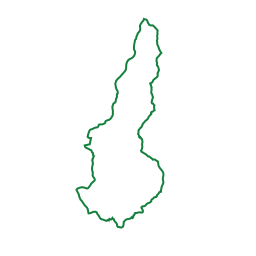 Lebong, Bengkulu, Indonesia, rotated 51°
{"feature_id": "22746128B6914990948320", "entity_name": "Lebong", "entity_type": "district", "adm_level": 2, "iso_a3": "IDN", "parent_name": "Indonesia", "parent_adm1": "Bengkulu", "projection": "albers", "projection_center": [102.228, -3.053], "detail": "fine", "context": "isolated", "style": "outline", "palette": "green", "viewbox_px": 256, "rotation_deg": 51, "n_neighbors": 0, "source": "geoboundaries", "source_scale": "gbopen_adm2", "svg_char_len": 5596}
<svg xmlns="http://www.w3.org/2000/svg" viewBox="0 0 256 256"><g transform="rotate(51 128 128)"><path d="M169.5,212.4L170.6,210.6L171.1,208.2L172.3,206.2L173.8,205.4L175.4,205.9L177.6,205.9L180.0,206.4L181.7,206.3L183.9,204.8L186.2,203.5L186.8,202.9L186.6,201.9L187.3,201.4L187.8,201.1L187.4,200.7L187.0,200.2L187.1,199.4L187.9,199.3L188.5,198.8L188.6,197.8L188.1,196.7L189.5,196.7L189.9,196.4L191.4,197.0L194.9,196.9L196.2,197.3L197.3,198.1L198.6,198.1L199.3,197.2L200.6,196.5L201.3,195.4L201.5,193.9L200.0,191.9L198.4,190.6L198.1,189.2L197.9,187.3L198.4,185.9L199.9,183.2L199.7,182.2L199.7,181.2L200.8,181.2L200.8,180.7L200.6,180.0L199.8,179.3L199.4,178.9L199.5,178.2L199.4,177.5L199.2,177.1L198.6,176.6L198.6,175.9L199.0,175.4L199.8,174.2L200.0,173.2L201.3,171.5L202.3,170.8L202.7,169.7L201.9,168.5L201.1,168.4L200.1,168.0L198.4,167.8L198.3,167.3L198.0,167.1L197.9,166.2L198.8,165.0L199.3,163.3L198.9,161.9L198.9,161.0L198.9,160.0L199.2,159.5L199.5,158.7L199.7,156.6L199.5,155.9L199.2,155.7L198.9,155.5L198.5,154.7L198.6,152.5L198.4,151.2L198.6,150.8L199.4,149.4L199.3,148.8L199.3,148.7L198.5,148.1L198.3,145.8L197.6,144.2L198.2,142.8L198.1,142.6L198.2,142.4L197.8,142.2L197.5,142.2L197.2,141.5L197.1,141.3L196.9,141.1L196.4,140.7L196.2,140.3L196.1,140.2L195.2,139.3L194.5,138.1L193.5,136.1L192.9,135.1L192.8,134.9L191.1,133.9L190.3,133.5L189.0,132.6L188.4,131.7L187.9,131.3L187.3,130.5L186.1,129.5L184.8,128.7L183.4,128.5L181.3,128.4L178.3,128.4L177.9,128.2L176.5,128.0L174.8,127.0L173.1,125.9L172.0,126.1L170.7,126.7L169.6,126.9L169.1,127.2L168.1,128.7L166.5,128.7L165.5,129.0L164.2,129.3L163.5,129.5L162.7,130.3L160.2,130.5L157.2,131.6L156.7,131.7L155.3,132.4L153.9,132.2L153.7,131.4L153.2,130.8L152.0,129.0L151.3,128.5L150.6,128.1L149.4,127.2L149.0,126.8L148.2,125.7L145.9,124.3L145.6,124.2L143.2,124.2L143.4,124.8L141.8,125.0L141.4,124.4L140.1,124.0L139.1,124.0L138.0,122.5L136.8,121.7L136.7,121.6L136.6,121.3L136.3,120.9L135.7,118.1L135.8,117.2L135.2,115.5L134.7,115.2L134.7,114.9L134.1,113.8L133.7,111.5L133.4,109.6L133.5,107.9L133.2,106.5L132.4,105.0L132.0,103.1L131.8,101.0L130.8,100.8L130.3,99.5L130.8,98.7L130.8,96.4L130.9,96.2L129.8,95.7L127.7,94.2L127.0,93.2L126.1,93.4L124.9,93.1L124.0,93.8L122.9,93.5L120.9,91.0L119.9,89.2L119.5,89.2L118.3,88.7L116.9,88.0L115.6,88.0L115.2,87.8L113.0,85.5L111.4,84.5L111.2,84.0L109.9,83.7L109.7,83.6L109.1,83.4L108.9,83.3L108.6,82.9L107.7,82.9L107.4,82.8L107.3,82.7L107.8,80.4L106.6,77.9L106.6,72.6L104.7,70.9L104.2,70.8L102.5,67.5L100.4,66.5L99.1,66.0L97.7,66.1L97.0,65.8L96.8,65.5L95.6,64.3L94.0,63.8L93.4,63.3L93.2,63.0L91.8,61.6L91.5,59.0L90.6,55.3L90.7,55.0L88.3,54.6L86.6,54.2L86.4,54.2L85.7,53.9L85.4,53.8L85.2,53.7L83.5,53.1L82.3,52.9L80.7,52.2L79.4,51.1L78.2,50.5L77.2,49.0L74.6,47.3L74.1,46.4L73.4,45.8L72.7,45.5L71.9,44.6L71.5,44.3L70.8,43.6L69.1,43.6L68.5,43.6L67.5,43.7L66.8,43.8L66.3,43.8L65.0,43.9L63.8,44.2L62.5,45.8L61.3,46.6L60.0,46.3L58.9,46.3L57.2,45.7L56.1,45.4L55.0,45.7L54.0,46.7L53.3,47.0L53.5,47.3L54.2,48.5L54.4,49.9L55.1,52.4L56.0,54.3L57.2,55.2L58.5,55.9L59.2,56.5L59.6,57.1L60.2,58.5L60.6,61.0L61.5,62.1L61.9,63.2L62.5,64.1L63.8,65.7L64.1,67.2L66.4,69.9L67.9,71.6L69.8,73.3L70.9,73.9L73.2,74.4L74.4,75.6L75.2,76.7L75.8,78.0L75.8,78.6L76.1,79.5L76.0,81.5L75.5,83.3L75.4,84.9L76.0,87.1L76.5,87.8L77.2,88.9L77.8,89.6L79.3,90.9L80.2,91.7L80.8,92.2L81.4,93.2L81.9,94.7L82.2,96.2L82.7,99.2L82.8,99.8L82.8,100.2L83.1,101.2L83.2,102.0L83.3,102.7L83.3,103.7L83.3,104.2L83.5,105.7L83.7,106.8L84.0,107.8L85.8,110.2L87.3,110.9L88.5,111.7L90.3,112.5L91.4,112.6L93.0,113.0L94.7,114.2L94.7,114.8L94.8,115.3L94.9,115.5L96.2,116.5L96.4,116.7L96.5,116.8L97.0,117.1L97.3,117.7L97.5,118.3L97.7,118.8L98.4,119.6L99.3,120.5L99.8,121.3L99.9,121.6L100.0,121.8L99.9,121.9L100.0,122.1L99.9,122.9L99.9,124.1L100.2,124.5L100.7,125.2L100.9,125.8L101.6,126.7L103.1,127.8L104.2,128.4L105.0,128.9L106.0,129.6L106.6,130.2L107.7,131.0L108.5,132.1L108.8,132.5L109.0,133.0L109.2,133.8L109.5,134.6L109.8,135.4L109.8,136.0L109.8,136.3L109.8,136.5L109.8,137.6L109.6,138.0L109.4,138.3L109.1,139.1L109.0,139.5L108.9,139.6L108.8,139.8L108.8,140.1L108.7,140.5L108.6,141.2L108.8,141.6L109.1,141.9L109.7,142.4L109.7,142.8L109.7,143.2L109.2,145.2L108.6,146.3L108.2,146.8L108.0,147.0L107.8,147.1L107.5,147.7L107.4,148.0L107.2,148.3L107.2,148.7L107.2,148.8L107.5,149.3L107.7,149.6L108.0,150.0L108.2,150.7L108.2,151.2L108.2,151.4L108.2,151.5L107.8,152.1L107.3,152.8L107.2,153.1L106.9,154.0L106.7,154.6L106.6,155.4L106.3,156.5L106.1,157.0L105.9,157.5L105.8,157.9L105.7,158.1L105.6,158.5L105.6,159.0L105.9,159.7L106.4,160.6L106.9,161.4L106.9,161.5L107.2,161.9L107.3,162.1L107.9,162.9L108.0,163.2L108.4,163.6L108.5,163.8L109.0,164.3L109.2,164.6L109.4,164.9L109.6,165.0L110.1,164.9L111.6,164.4L112.5,163.3L112.6,163.1L116.6,168.0L116.0,169.1L115.4,170.4L114.3,172.6L115.5,173.1L116.3,173.2L117.3,172.9L119.8,171.6L120.8,171.4L122.4,170.5L124.2,171.3L125.2,171.0L126.0,171.3L126.9,172.1L127.5,172.3L128.7,172.9L129.2,173.8L129.2,173.7L130.2,175.4L131.5,176.5L133.7,177.7L134.5,178.8L135.4,180.0L137.1,181.7L137.6,182.0L138.0,182.3L138.3,182.4L139.4,182.9L140.4,183.3L142.6,185.4L144.6,185.8L145.5,185.8L146.6,186.0L147.3,186.3L147.9,187.3L147.9,190.2L148.1,191.6L148.7,192.9L148.9,193.8L149.3,195.3L149.6,196.9L149.4,197.7L148.4,198.5L146.5,199.6L145.9,200.4L145.0,201.0L143.9,203.4L143.7,204.2L143.3,205.3L143.3,206.2L143.7,207.0L148.1,207.9L149.4,208.4L150.3,208.9L151.7,209.4L152.5,209.6L153.9,210.0L155.5,209.8L156.7,209.9L159.7,210.2L161.0,210.3L163.6,210.0L165.3,210.2L167.4,211.2L169.3,212.4L169.5,212.4Z" fill="none" stroke="#15803d" stroke-width="2"/></g></svg>